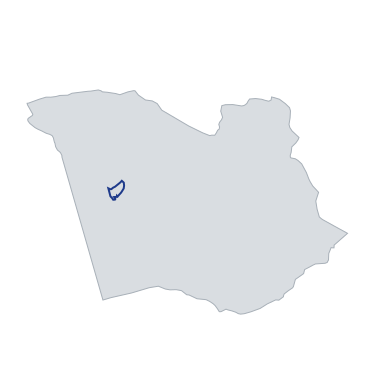 Uganda, with Kalungu highlighted, rotated 74°
{"feature_id": "UGA-5620", "entity_name": "Kalungu", "entity_type": "District", "adm_level": 1, "iso_a3": "UGA", "parent_name": "Uganda", "parent_adm1": "", "projection": "orthographic", "projection_center": [31.834, -0.095], "detail": "fine", "context": "in_parent", "style": "outline", "palette": "blue", "viewbox_px": 384, "rotation_deg": 74, "n_neighbors": 0, "source": "natural_earth", "source_scale": "10m", "svg_char_len": 2651}
<svg xmlns="http://www.w3.org/2000/svg" viewBox="0 0 384 384"><g transform="rotate(74 192 192)"><path d="M271.3,307.4L266.0,307.4L257.4,307.4L248.8,307.4L240.2,307.4L231.5,307.4L222.9,307.4L214.3,307.4L205.6,307.4L197.0,307.4L188.4,307.4L179.7,307.4L171.1,307.4L162.5,307.4L153.8,307.4L145.2,307.4L136.6,307.4L127.9,307.4L122.8,307.4L121.8,307.2L121.1,307.0L117.8,307.6L114.5,309.8L110.9,310.6L107.1,310.3L106.6,310.5L104.6,310.5L101.8,310.3L99.3,310.9L97.4,312.8L95.4,315.9L91.9,319.6L89.1,322.9L86.8,325.2L81.4,329.0L78.4,330.1L77.0,329.9L76.1,329.2L74.4,324.3L73.4,323.6L62.9,326.1L61.3,326.1L61.5,324.6L60.7,313.2L60.6,306.2L61.9,301.8L62.7,296.7L62.8,292.3L64.7,284.7L64.0,280.1L66.5,264.2L67.1,261.6L68.1,253.9L69.7,251.5L71.0,250.6L72.8,245.9L76.3,238.3L78.6,234.5L78.1,226.0L78.5,220.2L79.0,218.9L84.1,216.8L90.7,211.4L93.5,205.1L97.4,201.1L105.0,198.5L127.6,177.0L138.1,165.4L142.7,159.4L142.8,157.3L143.7,154.5L141.9,152.3L139.7,150.3L139.0,148.5L137.1,147.6L134.4,147.6L132.6,146.3L130.6,143.6L128.6,142.0L122.2,142.1L117.2,139.5L117.3,135.8L119.2,128.7L123.0,120.5L123.2,118.2L122.7,116.3L121.8,114.6L120.1,113.0L118.5,111.0L119.7,105.1L122.1,99.4L124.0,96.5L125.9,93.2L125.4,90.6L122.6,89.3L124.1,86.7L127.0,82.3L132.8,77.9L137.8,75.0L141.2,75.0L147.8,77.3L153.7,80.1L157.0,80.2L160.9,79.0L169.1,74.1L171.1,75.7L173.5,78.7L176.1,83.6L181.3,85.8L183.7,87.4L185.5,87.9L186.5,87.5L188.5,83.6L190.8,81.5L195.2,78.8L204.8,76.7L211.7,76.1L214.6,75.6L219.5,74.3L227.2,70.4L234.8,75.5L243.1,76.5L251.1,76.5L253.5,74.9L254.9,73.7L263.3,65.3L274.6,53.9L282.2,70.0L284.8,70.9L284.4,72.3L283.8,73.6L288.8,77.5L294.9,79.5L297.0,81.5L297.2,83.7L295.2,93.1L295.6,95.7L297.6,105.1L301.2,107.2L304.5,116.7L311.0,120.7L311.9,121.9L313.4,126.5L315.4,131.5L317.0,132.7L317.9,133.0L319.9,138.3L318.8,141.3L320.3,150.4L322.7,158.6L323.4,168.3L323.4,172.6L323.4,175.2L322.8,178.9L321.7,181.0L319.6,183.1L317.3,186.4L315.3,189.9L314.0,191.6L315.0,196.9L314.8,198.3L314.2,198.9L311.3,199.7L307.5,201.1L305.2,202.5L302.0,205.2L299.4,208.1L296.0,216.6L290.2,223.2L289.3,225.4L283.9,229.3L281.5,234.2L280.0,240.1L277.9,244.4L273.3,250.3L272.2,259.5L272.4,278.0L271.2,299.1L271.3,307.4Z" fill="#d9dde1" stroke="#a8b0b8" stroke-width="1"/><path d="M171.9,259.0L173.1,260.4L175.8,264.8L175.0,265.2L175.7,265.5L176.0,265.5L175.8,266.2L175.4,268.2L177.1,267.6L177.5,267.6L178.0,267.9L178.0,268.6L177.7,269.9L175.8,270.5L173.7,271.6L165.4,271.4L166.8,269.8L167.0,268.7L166.1,266.7L165.7,264.5L164.8,262.4L163.7,259.8L163.0,258.2L161.9,256.4L163.0,255.7L164.2,255.0L167.1,255.5L168.9,256.3L169.8,256.7L171.9,259.0Z" fill="none" stroke="#1e3a8a" stroke-width="2"/></g></svg>